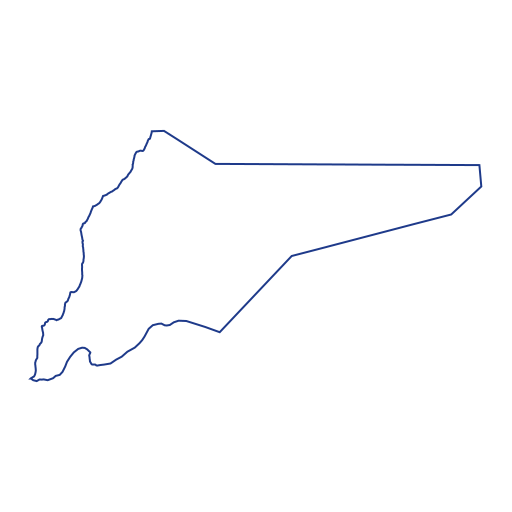 outline of Bitica, Litoral, Equatorial Guinea
{"feature_id": "11065452B13026737962858", "entity_name": "Bitica", "entity_type": "district", "adm_level": 2, "iso_a3": "GNQ", "parent_name": "Equatorial Guinea", "parent_adm1": "Litoral", "projection": "equal_earth", "projection_center": [9.489, 1.359], "detail": "fine", "context": "isolated", "style": "outline", "palette": "blue", "viewbox_px": 512, "rotation_deg": 0, "n_neighbors": 0, "source": "geoboundaries", "source_scale": "gbopen_adm2", "svg_char_len": 5171}
<svg xmlns="http://www.w3.org/2000/svg" viewBox="0 0 512 512"><path d="M479.4,165.1L413.4,164.8L385.0,164.7L384.7,164.7L324.9,164.4L323.6,164.4L215.4,163.9L176.9,139.1L164.0,130.9L151.8,131.3L151.6,132.8L151.1,134.6L150.7,136.1L150.6,136.3L150.0,138.5L149.7,138.9L148.7,139.1L148.3,139.9L147.8,140.8L147.6,141.7L147.2,142.7L146.7,143.6L146.4,144.5L146.0,145.3L145.6,146.2L145.1,147.0L144.7,148.3L144.5,148.8L144.1,149.3L143.9,149.8L143.7,150.2L143.1,150.8L142.3,151.0L141.5,150.8L140.9,150.7L140.3,150.7L139.5,150.9L139.0,151.2L137.9,151.6L137.3,151.6L136.8,151.8L136.3,152.2L136.0,152.7L135.5,153.6L135.2,154.2L134.8,155.0L134.5,155.8L134.5,156.4L134.3,157.2L134.2,157.7L134.0,158.5L133.7,159.5L133.6,160.1L133.6,160.6L133.4,161.1L133.2,161.6L133.2,162.0L133.2,162.5L133.1,163.1L133.0,163.9L132.6,164.6L132.7,165.1L132.7,166.2L132.6,166.9L132.6,167.6L132.2,168.9L131.9,169.4L131.4,170.2L130.9,171.1L130.5,171.9L130.2,172.2L129.6,172.9L129.2,173.4L128.7,174.0L128.3,174.4L127.6,175.7L127.4,176.3L127.1,176.6L126.6,177.1L126.1,177.6L125.7,177.8L125.3,178.2L124.8,178.7L124.0,179.2L123.4,179.4L123.0,179.6L122.6,179.8L122.1,180.5L121.8,181.0L121.4,181.5L121.1,182.1L120.7,182.8L120.3,183.5L119.7,184.2L119.4,184.7L119.0,185.4L118.7,186.0L118.1,187.1L117.7,187.7L116.8,188.5L116.1,188.7L115.2,189.1L114.6,189.7L114.1,190.1L113.4,190.5L112.6,191.1L111.9,191.6L111.1,191.8L109.9,192.5L109.3,192.9L108.6,193.2L107.8,193.8L107.2,194.2L106.7,194.8L106.1,194.9L105.4,195.3L104.8,195.4L104.4,195.6L103.9,195.8L103.5,195.8L103.1,195.9L102.8,196.6L102.4,197.7L102.0,198.7L101.6,199.6L101.1,200.4L100.8,200.9L100.3,201.8L99.9,202.3L99.7,202.6L99.2,203.2L98.1,203.9L97.3,204.5L96.6,205.0L95.8,205.4L95.0,205.9L94.2,206.1L93.8,206.3L93.4,206.3L93.0,206.4L92.7,207.4L92.3,208.4L91.8,209.4L91.4,210.5L90.9,211.6L90.6,212.8L90.0,214.1L89.7,214.8L89.1,216.1L88.7,216.7L88.2,217.7L88.0,218.4L87.6,219.2L87.2,219.9L86.8,220.6L86.6,221.1L85.7,221.8L85.4,222.1L85.1,222.8L84.7,223.1L84.0,223.4L83.5,223.4L83.0,223.8L82.7,224.4L82.7,225.1L82.4,226.0L82.1,226.6L81.8,227.0L81.5,227.8L81.1,228.2L80.8,228.6L80.6,229.1L80.6,229.8L80.6,230.5L80.9,231.3L81.1,232.1L81.3,233.3L81.5,234.6L81.7,235.6L82.0,237.0L82.2,237.9L82.3,238.8L82.5,239.8L83.0,240.8L82.8,241.2L82.5,241.5L82.5,242.1L82.5,243.0L82.8,243.7L82.9,244.7L82.8,245.7L82.8,246.6L83.1,247.3L83.2,248.5L83.3,249.4L83.4,250.3L83.4,251.1L83.5,252.0L83.7,252.8L83.7,254.1L83.8,255.1L83.9,255.8L83.9,256.7L83.8,257.7L83.7,258.6L83.5,259.4L83.5,260.2L83.4,261.3L83.2,262.0L83.0,262.7L82.4,263.3L82.1,263.9L82.0,264.9L82.1,266.5L82.1,267.5L82.0,268.6L82.0,269.5L82.0,270.2L82.1,271.3L82.2,272.6L82.2,273.6L82.2,274.5L82.4,275.4L82.3,276.6L82.2,277.9L82.0,278.8L81.7,279.9L81.3,281.5L80.8,282.8L80.4,283.9L79.9,284.9L79.6,285.9L79.2,286.8L78.6,287.6L78.0,288.7L77.4,289.5L76.7,290.5L76.1,291.1L74.8,291.8L74.0,292.2L73.2,292.2L72.3,292.1L71.9,292.1L71.3,292.0L70.5,292.3L70.3,292.7L70.2,293.4L70.0,294.3L69.9,295.0L69.5,296.1L69.4,296.7L68.9,297.8L68.4,298.7L68.0,300.1L67.5,301.1L66.8,301.7L66.1,302.2L65.5,302.6L65.2,303.3L65.1,303.9L64.9,304.8L65.0,305.8L64.6,307.1L64.6,308.0L64.5,309.2L64.3,310.0L64.2,310.9L63.9,311.6L63.7,312.4L63.4,313.3L62.9,314.4L62.7,315.2L62.2,316.0L61.7,317.0L61.2,318.0L60.6,318.4L59.7,318.8L59.1,319.2L58.3,319.6L57.5,319.7L56.6,320.2L55.9,319.8L55.0,319.5L53.9,319.1L53.1,318.9L52.0,319.0L51.4,318.9L50.4,319.1L49.7,319.1L49.1,319.1L48.6,319.5L48.1,320.1L47.9,321.0L47.4,321.6L46.9,321.9L46.1,322.1L45.6,322.3L45.1,322.9L44.9,324.1L44.7,324.8L44.2,325.4L43.8,325.6L43.2,325.8L42.5,325.8L42.0,326.0L41.8,326.4L41.8,327.0L42.1,327.7L42.2,328.7L42.4,329.9L42.6,330.9L42.9,332.0L43.1,332.8L43.1,333.5L43.2,334.3L43.2,335.4L42.9,336.0L42.6,336.8L42.4,337.5L42.2,338.3L42.0,339.2L41.9,340.1L41.8,341.1L41.4,342.4L41.0,342.9L40.3,343.6L39.8,344.2L39.6,344.8L39.4,345.2L39.1,345.6L38.4,346.1L38.2,346.4L37.8,347.0L37.6,347.9L37.4,349.2L37.4,350.2L37.4,351.2L37.4,352.2L37.4,353.1L37.4,353.8L37.4,354.7L37.3,355.7L37.3,356.9L37.3,357.9L36.3,359.5L36.0,360.0L35.8,360.4L35.6,361.4L35.4,362.1L35.2,362.6L35.2,363.4L35.2,364.4L35.4,365.7L35.5,367.1L35.6,367.7L35.7,368.8L35.8,370.5L35.6,372.0L35.3,373.4L35.1,374.3L34.8,375.0L34.4,375.8L34.0,376.5L33.5,376.8L32.8,377.1L32.1,377.6L31.2,378.1L30.8,378.4L30.7,378.5L30.8,378.5L31.1,378.7L33.2,380.2L34.8,380.6L36.7,381.1L39.5,379.5L41.8,379.6L43.7,379.4L47.7,380.2L53.1,378.2L55.7,375.9L59.7,374.9L62.5,371.9L65.2,366.5L67.0,361.8L70.2,356.8L73.8,352.4L78.2,348.9L82.1,347.7L84.7,347.9L87.1,349.3L90.3,352.4L90.1,353.3L89.6,354.2L89.2,355.4L89.5,357.0L89.6,358.0L89.7,359.2L89.9,360.0L89.9,360.8L90.0,361.6L90.5,362.3L91.2,363.6L91.7,364.3L92.3,364.5L93.1,364.5L94.0,364.5L94.9,364.5L95.5,364.7L96.3,365.4L97.2,365.6L98.2,365.4L99.4,365.2L100.5,365.0L101.5,364.9L102.2,364.8L103.1,364.7L103.4,364.7L110.5,363.5L116.2,359.6L121.7,356.7L127.4,351.7L134.8,347.6L139.5,343.2L142.2,340.1L144.5,336.6L148.7,328.8L152.8,325.2L158.5,323.8L161.4,323.6L164.7,325.3L166.7,325.5L169.8,325.0L173.8,322.3L178.6,320.7L186.3,321.0L205.3,327.0L219.7,332.2L291.7,256.0L326.8,246.9L327.1,246.8L413.5,224.2L451.2,214.5L481.3,186.5L479.4,165.1Z" fill="none" stroke="#1e3a8a" stroke-width="2"/></svg>